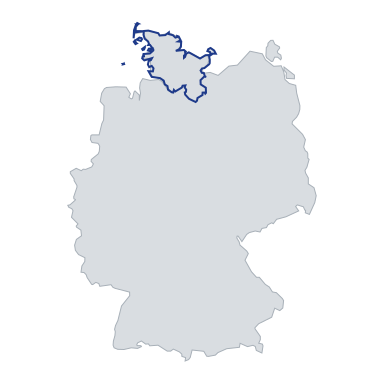 location of Schleswig-Holstein within Germany
{"feature_id": "DEU-1579", "entity_name": "Schleswig-Holstein", "entity_type": "State", "adm_level": 1, "iso_a3": "DEU", "parent_name": "Germany", "parent_adm1": "", "projection": "mercator", "projection_center": [9.834, 54.215], "detail": "medium", "context": "in_parent", "style": "outline", "palette": "blue", "viewbox_px": 384, "rotation_deg": 0, "n_neighbors": 0, "source": "natural_earth", "source_scale": "10m", "svg_char_len": 5283}
<svg xmlns="http://www.w3.org/2000/svg" viewBox="0 0 384 384"><path d="M167.2,351.1L158.0,345.2L149.8,345.8L148.4,343.9L145.7,344.1L141.4,341.0L137.7,342.8L136.8,344.5L137.1,345.6L140.9,345.7L141.4,346.6L137.6,348.4L131.3,347.8L123.9,349.5L117.7,349.3L114.1,347.8L113.1,345.1L113.4,341.1L114.9,335.7L115.3,331.8L114.6,329.3L115.5,325.6L117.9,320.5L121.5,306.0L129.7,295.7L129.6,292.1L115.3,288.4L113.0,287.4L111.0,284.7L99.8,286.3L98.8,283.5L95.8,282.4L92.7,284.6L91.6,284.3L87.2,277.7L86.1,274.6L84.1,272.6L81.0,272.2L81.9,266.0L84.8,261.5L84.9,257.7L78.6,254.6L75.4,250.3L74.6,245.2L76.4,239.4L81.5,235.8L80.9,230.1L76.5,227.1L76.2,226.1L78.0,223.9L71.5,217.3L73.0,210.7L71.8,208.7L68.8,207.3L67.8,205.3L70.0,204.8L75.2,200.2L75.4,199.5L73.9,198.8L73.7,196.9L77.0,187.1L76.9,185.4L74.1,180.6L74.1,178.9L70.3,173.4L70.3,171.7L76.2,168.3L81.3,170.7L83.2,169.2L85.7,169.4L91.8,166.9L93.4,163.9L91.1,161.4L91.3,159.5L98.2,153.9L99.3,151.3L99.7,146.2L98.8,144.5L97.9,143.3L92.0,142.5L90.4,139.5L90.9,135.6L91.9,134.9L99.1,134.9L101.9,123.5L103.6,120.0L104.1,105.7L100.2,101.4L101.7,93.2L104.4,88.7L106.5,87.5L115.8,86.8L126.1,87.1L130.4,93.8L128.8,97.3L131.3,98.9L132.5,98.3L134.1,91.9L135.0,90.9L139.3,95.1L139.3,100.6L140.5,93.2L139.6,88.0L140.2,82.9L142.7,78.6L150.2,80.4L158.6,79.5L161.8,81.4L168.9,91.2L174.3,93.3L170.1,91.2L161.5,79.3L152.4,76.2L150.4,72.8L150.5,60.8L147.1,58.3L143.4,59.2L142.9,56.4L143.5,54.4L151.7,51.1L151.9,47.8L144.4,36.0L144.1,30.7L150.4,31.0L158.1,33.5L159.9,35.2L169.7,33.0L177.2,36.5L180.7,41.5L180.9,45.8L176.6,50.9L184.0,50.2L185.9,53.9L189.9,52.5L200.0,58.2L207.6,55.3L209.0,59.9L207.5,64.5L202.1,69.4L203.3,72.4L205.0,73.1L210.1,72.4L218.1,75.4L228.9,66.1L237.4,65.1L250.0,51.2L262.3,53.8L265.5,59.8L273.7,66.3L281.2,65.8L283.8,72.0L285.0,79.6L289.3,83.5L295.7,85.3L296.7,93.2L299.9,105.6L299.8,109.5L298.6,113.7L296.6,117.2L292.4,121.5L292.1,123.9L302.6,134.4L305.4,139.6L303.7,147.1L305.3,150.7L307.1,152.0L307.8,153.8L307.8,158.1L309.1,159.4L306.9,167.2L305.0,170.4L305.6,173.1L308.3,177.9L308.3,183.9L314.0,187.7L316.2,195.7L314.8,202.5L309.4,214.4L305.3,212.8L305.6,210.3L304.8,210.1L303.4,206.8L297.3,204.9L295.6,206.5L298.7,210.9L285.9,216.8L276.6,219.3L273.3,223.7L271.7,222.8L268.0,224.7L266.4,227.6L262.0,228.4L260.0,232.0L255.2,231.0L249.3,232.6L246.7,234.4L241.9,241.6L238.1,236.1L237.1,236.1L236.8,237.9L239.1,241.8L240.0,245.1L246.8,251.1L248.3,253.6L245.0,260.2L251.5,271.8L256.5,277.3L259.3,277.3L265.3,284.4L269.3,287.0L272.4,291.9L276.4,292.7L282.4,298.6L283.6,300.6L282.8,308.0L279.8,310.6L274.7,308.2L271.7,317.2L258.7,323.7L255.0,327.6L255.0,328.8L260.3,336.4L260.3,339.7L258.7,343.2L262.4,344.1L263.0,345.9L261.9,353.0L256.3,350.4L255.3,346.5L253.0,345.3L247.5,346.6L240.1,343.3L239.4,347.3L226.7,348.7L217.9,352.6L215.4,355.1L208.4,356.4L206.7,356.2L203.8,351.3L192.1,350.0L190.2,357.5L188.6,359.6L185.1,361.0L185.6,357.6L181.9,356.4L181.8,354.1L179.4,351.9L173.3,349.1L170.7,351.1L167.2,351.1ZM280.8,55.1L281.4,58.2L280.7,59.8L277.7,57.2L274.6,57.2L272.8,61.3L271.4,61.5L266.7,57.8L265.9,55.9L266.3,47.6L267.8,45.8L268.0,43.2L270.7,40.4L273.0,40.3L274.8,44.2L279.4,46.8L279.7,48.0L277.3,51.3L277.8,53.1L280.8,55.1ZM294.4,75.1L294.4,78.8L286.6,78.4L286.0,75.7L286.5,73.0L284.0,70.1L284.0,67.0L294.4,75.1ZM135.3,33.3L133.6,37.1L133.9,30.5L136.9,23.4L138.1,23.5L136.5,26.8L136.2,30.9L143.0,31.2L142.2,32.5L135.3,33.3ZM214.9,53.5L210.8,53.5L207.6,51.2L209.6,48.1L213.6,49.6L214.9,53.5ZM141.8,39.7L140.8,40.8L136.8,39.6L139.7,37.4L141.5,38.0L141.8,39.7Z" fill="#d9dde1" stroke="#a8b0b8" stroke-width="1"/><path d="M148.3,30.6L158.3,33.2L159.6,35.5L165.3,35.1L168.8,32.4L168.8,34.1L172.9,35.2L175.4,37.6L177.3,37.0L177.2,36.0L178.7,36.5L180.6,40.2L178.2,41.5L181.2,41.8L180.9,46.8L179.2,49.3L175.8,50.8L184.0,50.0L185.7,51.5L185.1,52.0L185.3,54.4L184.0,55.6L184.0,57.8L185.0,57.0L186.2,53.7L188.8,52.3L200.0,58.5L205.5,55.2L210.9,55.0L209.1,56.2L209.8,59.7L209.7,63.2L209.1,64.3L204.4,68.1L202.0,68.5L200.6,70.5L201.8,72.8L203.9,73.1L204.8,76.3L206.2,76.9L204.2,76.6L200.5,80.2L200.7,84.4L205.8,87.7L206.0,92.8L205.3,93.6L204.8,92.5L202.6,92.6L202.5,95.0L197.5,98.0L197.0,100.7L195.6,102.0L189.0,98.8L185.2,94.6L184.8,92.4L185.9,91.9L186.2,89.7L184.6,87.3L185.4,85.4L182.6,85.7L181.8,87.6L175.2,91.5L173.9,89.9L173.1,92.5L171.8,92.3L168.0,89.6L167.5,86.1L164.8,84.4L163.7,80.6L160.0,78.1L151.7,76.9L148.5,71.2L152.9,71.4L153.5,68.3L151.7,65.9L149.2,67.1L147.9,64.5L148.7,61.0L150.9,60.1L152.0,58.1L144.3,60.4L142.2,58.4L142.6,56.7L144.8,56.2L143.1,55.9L143.5,54.0L149.9,53.5L153.3,50.5L153.3,49.3L150.0,44.9L148.3,45.0L149.0,44.1L148.1,41.5L144.6,38.6L143.5,34.7L143.8,31.0L148.3,30.6ZM214.2,50.6L215.8,53.7L210.3,53.6L209.9,51.9L207.4,51.1L208.2,49.2L210.6,48.0L214.2,50.6ZM135.7,26.8L135.5,30.3L136.4,31.1L143.6,31.2L134.2,32.5L133.6,38.3L134.0,30.3L136.0,24.5L137.2,23.0L138.5,23.7L136.6,24.1L137.6,24.7L135.7,26.8ZM139.4,37.6L141.5,38.1L142.0,39.2L140.9,41.0L136.6,39.6L139.4,37.6ZM152.0,48.5L150.0,51.1L147.9,50.5L148.8,48.7L152.0,48.5ZM142.1,49.0L144.9,46.9L144.9,47.4L144.1,49.5L142.7,50.0L142.1,49.0ZM134.9,40.6L136.3,43.1L136.8,43.4L135.5,44.1L133.8,41.8L135.7,39.6L134.9,40.6ZM123.0,63.8L123.2,64.6L122.6,63.9L123.0,63.8ZM123.7,64.2L124.0,63.8L124.1,64.1L123.7,64.2Z" fill="none" stroke="#1e3a8a" stroke-width="2"/></svg>